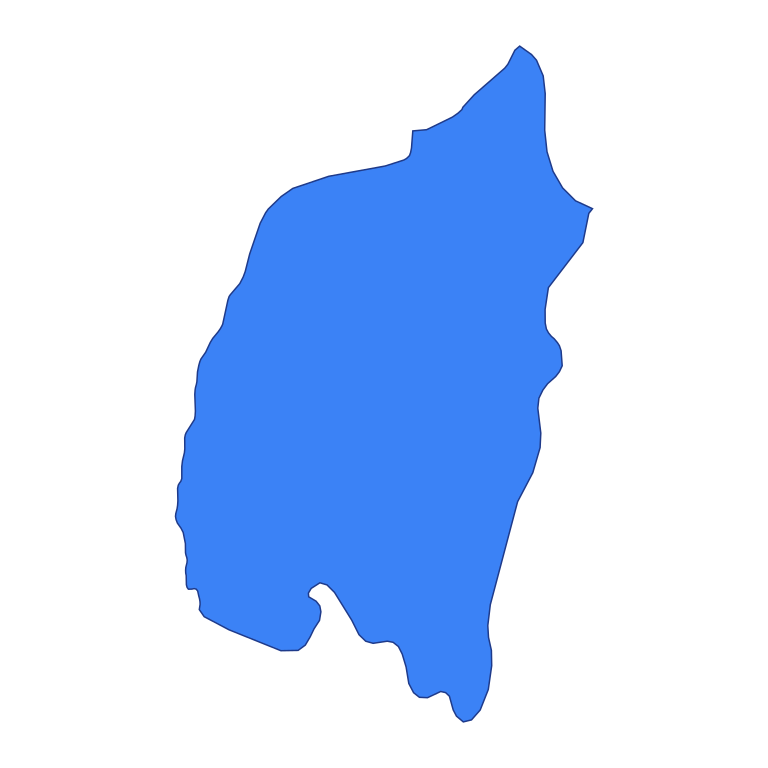 an SVG outline of Amnat Charoen
{"feature_id": "THA-427", "entity_name": "Amnat Charoen", "entity_type": "Province", "adm_level": 1, "iso_a3": "THA", "parent_name": "Thailand", "parent_adm1": "", "projection": "equal_earth", "projection_center": [104.701, 15.883], "detail": "fine", "context": "isolated", "style": "filled", "palette": "blue", "viewbox_px": 768, "rotation_deg": 0, "n_neighbors": 0, "source": "natural_earth", "source_scale": "10m", "svg_char_len": 2173}
<svg xmlns="http://www.w3.org/2000/svg" viewBox="0 0 768 768"><path d="M519.7,46.1L531.6,54.6L536.5,60.2L543.2,75.9L545.2,93.6L544.7,130.2L547.0,151.7L553.0,171.3L562.6,187.9L575.5,200.8L592.5,208.7L588.8,213.4L582.9,242.6L548.4,287.6L545.1,309.4L545.2,323.0L546.4,329.0L548.5,332.9L551.4,336.4L554.1,338.7L557.4,342.6L559.4,345.7L561.1,350.8L562.2,365.8L559.4,371.7L555.7,376.5L547.6,383.7L542.9,390.0L538.9,398.2L537.8,408.2L540.8,433.1L540.1,447.6L532.8,472.7L517.6,501.7L490.3,604.7L487.8,625.6L488.5,637.3L491.4,650.4L491.7,665.7L488.3,689.5L480.2,710.0L471.5,719.9L463.3,721.9L456.5,716.2L453.2,709.9L449.4,696.2L445.6,692.6L440.7,691.5L427.5,697.7L419.4,697.3L413.6,692.7L408.8,683.5L406.1,667.0L402.2,654.0L398.4,646.5L393.1,642.3L387.3,641.2L373.1,643.3L365.7,641.2L359.0,634.7L351.8,620.3L334.5,592.4L327.0,584.9L319.9,582.8L311.2,588.4L308.4,593.1L308.7,596.8L316.1,601.2L319.8,605.9L320.9,611.8L319.5,620.4L314.0,628.9L310.2,636.8L305.3,645.1L298.1,650.4L280.9,650.7L229.0,629.8L204.2,616.7L199.3,609.6L200.1,604.3L200.0,601.7L199.5,598.7L198.7,595.7L197.7,591.1L196.3,589.2L194.2,588.6L191.9,589.1L188.4,589.2L187.1,587.4L186.4,584.8L186.2,575.6L185.7,573.0L185.6,570.2L185.8,567.5L187.0,562.6L187.2,560.0L186.8,557.6L186.0,555.2L185.5,552.8L185.4,543.6L183.2,532.5L181.0,528.2L177.4,523.1L176.1,519.7L175.5,516.4L175.8,513.6L177.1,508.6L177.6,505.2L177.9,500.8L177.6,488.4L178.3,485.1L179.4,483.2L180.8,481.3L181.8,478.6L181.8,466.5L182.5,460.7L184.4,452.8L184.8,448.9L184.7,438.0L185.3,434.8L186.2,432.6L194.5,419.4L195.1,416.0L195.4,411.1L194.8,394.4L195.1,390.1L195.5,387.5L196.3,384.7L196.9,381.7L197.5,371.9L198.8,365.4L199.8,361.8L200.9,359.1L205.7,352.2L210.3,342.4L212.8,338.3L218.1,331.9L220.4,328.6L221.9,325.9L222.7,324.2L227.9,300.2L229.1,296.5L230.4,294.6L239.8,283.6L243.2,277.0L245.2,271.6L249.7,253.9L260.2,223.2L265.6,212.8L268.3,209.0L281.2,196.5L292.8,188.4L328.7,176.3L385.2,166.0L403.9,160.0L406.5,158.5L409.5,155.6L410.6,152.5L411.5,148.0L412.8,130.9L426.6,129.7L452.4,117.1L458.1,113.1L461.9,109.6L462.9,107.2L474.2,94.8L504.7,68.2L507.2,65.1L508.0,64.0L514.9,50.2L519.7,46.1Z" fill="#3b82f6" stroke="#1e3a8a" stroke-width="1.5"/></svg>